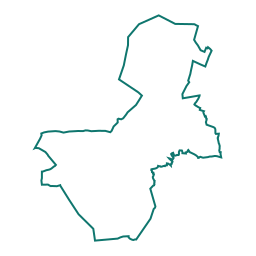 outline of Njikoka, Anambra, Nigeria
{"feature_id": "59680162B42022523568798", "entity_name": "Njikoka", "entity_type": "district", "adm_level": 2, "iso_a3": "NGA", "parent_name": "Nigeria", "parent_adm1": "Anambra", "projection": "albers", "projection_center": [7.011, 6.187], "detail": "fine", "context": "isolated", "style": "outline", "palette": "teal", "viewbox_px": 256, "rotation_deg": 0, "n_neighbors": 0, "source": "geoboundaries", "source_scale": "gbopen_adm2", "svg_char_len": 3589}
<svg xmlns="http://www.w3.org/2000/svg" viewBox="0 0 256 256"><path d="M95.0,240.6L117.7,238.6L120.3,237.4L123.1,236.5L128.6,236.2L128.6,237.4L130.1,238.8L132.1,239.7L133.3,240.0L135.1,239.4L136.2,239.5L150.5,218.7L153.7,209.0L155.0,207.7L155.4,206.4L150.3,188.7L153.2,185.6L154.1,185.3L154.2,184.7L154.5,184.1L154.2,183.5L154.2,183.0L154.6,182.0L154.3,181.3L154.6,180.8L154.0,180.2L153.3,178.8L152.9,177.9L152.8,176.9L153.4,175.9L153.9,174.4L153.1,174.0L153.0,173.7L153.3,173.5L153.5,173.2L153.4,172.6L152.0,172.1L152.0,171.7L151.9,170.8L151.3,170.2L151.4,169.3L151.8,169.2L152.8,169.0L153.9,168.8L155.1,168.6L156.2,168.2L157.4,167.5L157.9,166.9L158.1,165.9L159.4,166.3L160.0,166.2L160.6,166.7L161.6,166.7L162.7,166.3L163.6,166.0L164.9,166.1L165.0,165.6L165.4,165.5L166.9,165.3L166.9,163.4L168.2,163.6L169.6,164.6L170.2,164.9L170.8,165.5L170.7,164.6L171.6,163.9L171.3,163.6L171.7,163.0L172.5,161.8L171.9,161.1L170.7,159.9L169.5,158.9L169.0,158.3L169.7,158.5L171.0,159.0L172.1,159.5L172.5,159.7L173.6,158.0L173.5,157.5L173.4,157.3L172.8,157.0L172.4,156.4L171.8,155.4L171.4,154.7L171.8,154.3L171.8,154.1L171.4,153.8L171.9,153.3L173.1,152.8L173.6,154.1L174.2,155.6L174.8,155.6L175.6,155.6L177.1,154.9L177.7,155.1L178.6,155.0L179.0,154.0L178.9,152.4L179.0,151.7L179.6,150.4L181.9,150.5L182.0,150.7L182.3,151.9L182.6,152.7L182.5,153.2L184.4,153.4L185.9,153.5L185.7,152.4L186.8,152.1L187.6,151.8L187.8,150.5L188.3,150.0L189.8,152.1L190.2,152.4L190.8,152.6L194.3,154.3L196.1,155.4L198.0,157.1L198.1,157.9L198.8,157.9L199.3,157.3L200.3,156.8L201.7,157.3L203.1,157.7L207.9,157.1L209.9,156.5L210.5,156.5L211.7,156.5L213.6,156.2L214.4,156.0L215.5,156.0L217.1,156.2L218.7,156.7L220.1,157.1L221.2,157.4L220.5,153.9L220.6,153.1L220.7,152.2L219.7,152.1L219.5,151.3L219.3,150.7L219.3,150.0L219.5,149.4L219.6,148.6L219.6,147.5L219.7,146.4L219.6,145.4L219.3,144.7L219.2,144.0L218.8,143.4L218.3,140.9L217.8,138.9L217.7,138.1L218.0,137.9L217.9,137.2L218.5,135.9L218.8,133.7L215.9,133.9L215.4,133.1L215.4,132.4L215.4,130.5L215.3,129.1L214.6,127.8L213.4,127.1L206.6,124.7L205.9,122.1L206.5,120.2L206.7,119.1L206.4,119.0L206.4,118.6L206.2,118.5L206.0,116.8L205.7,116.1L204.9,116.5L204.4,115.1L203.7,113.5L203.4,112.6L203.4,112.1L203.5,111.8L203.9,111.2L201.9,110.6L199.8,109.9L200.2,108.0L199.5,107.8L197.2,106.5L196.4,105.8L195.8,105.7L194.4,104.5L194.6,104.0L195.5,102.7L196.0,102.3L196.7,101.3L197.4,100.1L198.2,98.9L198.9,97.4L199.6,95.7L199.6,95.4L191.1,96.9L182.8,98.3L182.4,94.1L186.5,86.0L189.2,82.2L188.2,80.7L190.3,74.0L191.0,70.4L192.1,65.5L192.9,60.9L200.4,64.4L205.3,66.5L206.6,62.7L207.8,59.7L208.7,56.9L211.6,50.7L210.2,49.0L208.0,47.2L207.5,48.3L206.2,47.7L204.5,51.9L200.6,50.2L197.9,45.4L195.8,42.6L194.1,39.8L198.0,26.1L195.9,25.1L194.8,24.4L194.1,24.2L175.2,23.9L158.7,15.4L139.0,24.2L128.1,37.1L128.0,45.2L126.1,53.9L123.8,65.4L119.0,79.4L138.4,92.4L141.9,95.6L139.3,99.8L136.0,105.0L127.6,112.3L126.1,114.6L123.2,118.3L121.2,119.3L118.5,118.7L117.6,119.3L117.7,122.5L116.2,124.0L113.6,126.5L113.1,127.7L111.6,130.9L110.3,132.2L105.4,130.9L98.9,130.8L91.3,131.2L87.8,130.5L85.5,130.4L83.0,131.1L78.0,131.0L74.8,131.2L69.2,131.5L63.5,132.6L59.5,131.5L55.5,131.1L48.1,131.6L44.1,132.4L41.3,133.5L41.6,135.4L40.1,138.7L34.8,148.2L35.5,147.9L38.8,148.2L45.4,152.0L47.7,154.7L48.1,155.6L55.9,164.9L54.8,166.1L53.9,166.5L51.6,168.4L50.3,169.2L48.8,169.7L46.4,170.2L43.0,171.5L41.9,171.6L41.9,178.1L41.4,180.5L41.9,184.7L48.0,184.6L50.0,185.8L50.9,186.1L51.9,186.0L56.9,186.2L60.2,185.2L60.3,185.7L69.3,200.1L78.6,214.3L93.3,228.8L95.0,240.6Z" fill="none" stroke="#0f766e" stroke-width="2"/></svg>